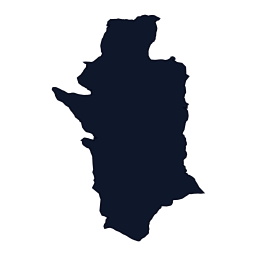 Lupeni, Hunedoara, Romania (Robinson projection)
{"feature_id": "2599482B30963415066220", "entity_name": "Lupeni", "entity_type": "district", "adm_level": 2, "iso_a3": "ROU", "parent_name": "Romania", "parent_adm1": "Hunedoara", "projection": "robinson", "projection_center": [23.198, 45.349], "detail": "fine", "context": "isolated", "style": "filled", "palette": "ink", "viewbox_px": 256, "rotation_deg": 0, "n_neighbors": 0, "source": "geoboundaries", "source_scale": "gbopen_adm2", "svg_char_len": 5666}
<svg xmlns="http://www.w3.org/2000/svg" viewBox="0 0 256 256"><path d="M203.5,192.7L198.4,187.3L198.0,186.3L197.2,184.9L196.5,183.6L195.0,181.4L194.6,180.4L194.5,179.7L194.0,178.9L193.0,178.0L191.8,177.1L189.2,175.6L187.7,175.3L186.8,173.7L185.3,173.3L184.8,172.3L186.1,171.1L186.2,170.4L185.0,168.9L184.7,166.6L183.6,165.9L182.9,164.7L183.1,163.4L182.9,159.6L185.7,157.2L186.4,154.4L186.0,152.4L184.9,151.0L185.0,149.7L185.2,147.7L185.0,146.1L186.2,144.4L186.0,142.4L185.4,141.2L185.3,138.7L184.7,137.8L184.1,137.3L184.0,136.4L183.6,135.4L182.2,134.8L182.0,133.8L182.2,132.5L183.8,129.5L184.3,126.7L184.8,124.1L184.4,123.2L185.0,123.1L185.7,120.9L186.6,120.4L187.3,119.3L187.9,115.9L187.3,111.1L186.1,109.4L184.3,107.9L186.9,107.9L187.0,104.6L187.9,104.5L188.0,104.3L186.6,103.5L185.8,103.2L185.4,102.6L184.9,101.7L184.8,101.4L184.5,100.5L184.3,100.3L184.4,99.3L183.9,98.3L183.3,97.0L183.9,96.5L184.4,94.0L185.2,92.9L185.4,92.2L184.9,87.2L184.1,85.9L185.4,80.4L188.6,76.3L185.6,74.5L185.5,70.8L185.3,67.1L181.9,63.6L176.7,62.7L173.1,60.0L174.8,59.0L174.7,58.3L173.7,57.4L172.5,57.0L171.1,57.4L171.1,58.3L168.9,59.7L167.4,60.4L165.0,60.8L163.9,60.4L162.2,60.1L159.8,60.1L159.3,60.2L158.1,60.3L157.5,60.4L155.1,60.6L150.9,60.3L149.3,58.6L147.9,55.7L147.8,51.1L148.3,48.8L149.1,46.7L150.2,44.1L151.4,43.0L152.4,41.7L153.9,40.9L154.0,40.2L154.5,39.7L154.9,38.9L155.0,36.8L155.4,35.8L155.5,34.1L155.7,31.6L156.2,30.9L156.6,28.3L156.1,26.1L154.7,21.9L155.2,21.7L155.8,21.1L156.0,20.4L157.0,20.0L158.0,19.9L158.9,19.4L159.5,18.6L157.8,17.7L156.5,17.3L155.8,16.7L153.9,15.8L153.0,15.8L152.2,15.7L150.8,15.8L149.6,16.0L148.5,16.5L147.0,15.9L145.0,15.4L144.5,15.6L142.1,16.0L141.8,16.4L140.7,17.0L138.8,17.0L137.8,17.2L137.5,17.4L137.1,17.8L136.7,18.7L136.2,19.0L135.6,19.6L134.8,20.1L134.2,20.8L133.5,20.9L132.7,20.5L131.8,20.2L131.2,20.5L130.6,20.4L129.2,20.5L128.4,20.4L127.4,20.0L126.6,19.9L125.5,19.9L124.7,20.1L124.1,20.1L123.5,19.9L122.1,20.0L121.1,19.7L119.7,19.6L118.7,19.2L118.1,19.2L117.9,19.2L117.3,19.6L111.7,19.8L110.6,19.7L109.8,20.5L108.4,21.6L108.0,22.1L108.0,23.6L107.4,24.5L107.1,25.4L107.2,25.6L107.4,25.7L107.7,25.7L109.3,25.3L109.2,25.6L109.1,26.5L108.9,26.8L108.0,27.4L107.4,27.9L107.2,28.4L107.1,28.7L107.2,29.0L107.2,29.7L107.0,30.8L107.0,31.6L105.4,33.2L104.9,34.0L104.3,35.5L104.1,36.2L103.5,37.8L103.0,38.8L102.6,39.0L102.0,41.3L101.2,44.7L101.0,46.0L101.6,49.2L101.7,51.3L102.2,51.8L102.1,52.1L102.6,52.9L102.7,53.4L102.7,53.7L102.4,54.5L101.7,55.9L101.3,56.4L101.4,56.5L101.2,56.7L100.8,56.9L99.3,57.3L98.9,57.6L98.6,57.9L98.3,58.1L97.5,58.9L95.1,60.8L93.9,61.8L92.7,62.4L91.8,62.7L91.0,62.7L89.4,62.5L85.3,62.3L84.3,62.4L85.0,63.0L87.0,63.6L86.7,66.8L86.7,67.0L87.0,67.0L86.8,67.5L86.7,68.3L86.0,68.1L84.1,70.6L83.7,71.7L82.1,73.7L81.8,74.4L81.1,75.1L77.6,77.9L77.7,78.6L78.2,79.8L78.3,80.5L78.8,81.5L78.9,82.6L79.0,82.8L79.6,83.2L80.0,83.6L80.3,83.9L81.2,84.4L82.3,85.4L82.7,85.6L84.5,86.4L86.0,87.4L87.1,87.9L87.7,88.4L88.0,89.2L88.3,89.3L89.0,89.4L89.2,89.6L89.4,89.8L89.9,90.0L90.8,90.0L91.1,90.1L90.8,90.7L90.9,90.8L91.1,91.0L91.3,91.0L91.5,91.3L91.6,92.3L91.6,93.8L91.8,94.3L90.3,95.2L87.6,95.6L83.6,95.7L78.1,94.8L73.8,93.4L72.0,93.4L70.5,93.8L68.1,93.9L67.0,93.4L63.7,91.4L62.1,90.9L59.6,89.5L55.8,87.8L53.1,87.8L52.5,89.2L53.0,90.3L54.2,91.5L55.3,93.6L55.7,94.7L55.7,95.5L55.8,95.8L56.2,96.3L56.6,97.4L57.8,99.3L58.5,99.8L59.0,100.0L62.5,101.5L63.2,102.0L64.6,103.4L65.6,104.6L69.2,106.8L69.8,107.6L70.1,108.6L70.4,108.9L70.8,109.3L71.2,110.3L72.7,111.8L73.3,112.8L74.9,114.8L75.3,116.0L75.6,116.6L76.2,117.3L77.0,117.7L77.3,118.0L78.0,118.5L78.4,119.0L79.2,119.3L79.7,120.0L80.0,120.7L80.4,121.4L81.3,121.6L81.5,121.9L81.8,122.3L81.9,122.7L81.9,123.2L82.1,123.6L82.1,124.2L82.5,125.5L82.6,126.2L82.9,127.3L84.6,129.6L85.4,130.5L86.3,131.3L86.7,131.5L90.2,132.3L91.8,133.0L92.7,133.7L93.2,133.9L93.4,134.4L93.6,135.1L94.3,135.9L94.8,136.8L95.4,137.3L95.9,137.6L96.2,137.8L95.5,138.2L94.3,138.1L94.2,139.4L93.9,140.5L93.7,140.5L93.1,140.4L92.4,140.2L89.5,139.5L88.4,139.0L86.9,138.7L84.9,138.3L84.3,138.3L83.8,138.6L83.5,138.8L82.8,139.5L81.6,140.3L82.5,140.9L82.7,141.4L82.7,143.0L83.1,144.1L83.8,144.9L86.9,147.1L89.4,147.9L90.8,150.4L91.4,152.6L92.9,156.0L93.3,163.6L93.9,169.7L93.1,172.2L94.4,175.3L95.2,178.6L94.6,179.3L94.2,180.4L95.2,181.8L94.8,183.8L92.8,187.8L99.5,193.3L100.3,196.7L101.3,199.2L100.2,210.8L102.2,215.0L105.0,215.7L108.2,217.6L106.3,219.8L106.0,222.9L104.8,224.4L104.2,226.3L104.9,228.2L106.6,227.7L107.0,227.5L108.9,227.1L110.1,227.1L110.8,227.2L112.8,227.9L114.2,228.6L115.4,229.5L116.8,230.2L119.4,231.2L120.5,231.8L123.5,233.7L125.2,234.3L127.4,235.5L129.3,236.8L132.1,238.4L134.5,239.4L136.1,239.9L137.5,240.4L138.3,240.6L138.9,240.6L139.2,240.6L139.9,240.2L140.8,238.9L141.9,238.0L142.4,237.7L144.2,236.8L145.2,235.9L146.4,234.6L147.6,233.7L147.9,233.3L148.2,232.9L148.2,232.5L148.2,232.1L148.1,231.2L148.2,230.3L148.6,229.5L148.6,229.2L148.6,228.5L148.3,227.2L148.2,225.5L148.4,224.8L148.8,223.9L148.9,223.4L148.8,222.8L148.8,222.3L149.0,222.0L150.2,219.8L150.6,219.4L151.4,218.7L152.1,217.2L153.8,214.6L154.7,213.7L155.4,213.3L156.3,212.6L156.5,212.4L156.9,211.5L157.1,211.1L157.5,210.7L158.7,209.0L159.3,208.5L159.9,208.2L160.4,207.8L160.6,207.5L160.8,207.0L160.9,205.9L161.2,205.5L163.3,205.5L166.6,205.7L170.5,204.9L171.1,204.5L171.5,203.9L171.9,203.2L172.2,202.3L172.2,201.5L172.1,200.7L172.5,200.0L173.0,199.6L173.7,199.3L176.9,199.2L178.3,199.0L182.0,198.0L182.7,197.6L184.2,196.6L184.9,196.1L187.2,194.7L188.6,193.6L189.1,193.4L189.8,193.3L190.8,193.4L191.9,193.3L193.8,193.0L196.3,192.9L197.7,192.8L201.0,193.0L202.4,192.8L203.5,192.7Z" fill="#0f172a" stroke="#020617" stroke-width="1.5"/></svg>